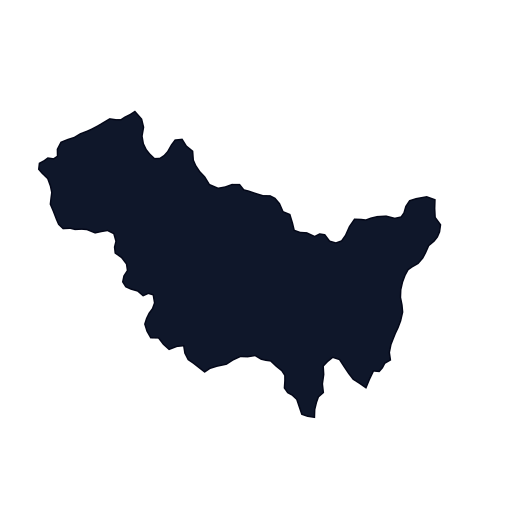 Serra Azul de Minas, Minas Gerais, Brazil, rotated 165°
{"feature_id": "56859067B40983562978217", "entity_name": "Serra Azul de Minas", "entity_type": "district", "adm_level": 2, "iso_a3": "BRA", "parent_name": "Brazil", "parent_adm1": "Minas Gerais", "projection": "natural_earth1", "projection_center": [-43.207, -18.391], "detail": "fine", "context": "isolated", "style": "filled", "palette": "ink", "viewbox_px": 512, "rotation_deg": 165, "n_neighbors": 0, "source": "geoboundaries", "source_scale": "gbopen_adm2", "svg_char_len": 2515}
<svg xmlns="http://www.w3.org/2000/svg" viewBox="0 0 512 512"><g transform="rotate(165 256 256)"><path d="M423.9,328.5L417.4,327.1L412.4,325.3L405.4,320.0L399.0,319.7L392.8,319.1L387.5,314.4L387.4,306.5L390.3,301.2L391.2,295.3L386.2,289.3L383.1,281.8L383.9,275.2L388.7,270.9L391.4,265.5L389.7,260.0L385.3,256.4L379.3,252.8L375.3,246.9L369.7,247.8L365.3,245.1L366.1,236.9L369.6,231.9L374.0,228.4L377.8,224.0L381.0,219.0L380.7,211.6L378.8,204.3L371.3,202.1L368.3,194.8L364.1,188.3L355.8,189.2L349.0,188.1L349.8,180.6L348.3,173.5L344.1,168.6L339.9,163.0L335.6,157.3L329.6,159.4L322.3,159.7L312.6,159.2L305.2,161.6L297.1,163.0L290.2,160.9L282.6,160.1L277.7,155.0L273.4,152.7L269.0,150.9L265.0,144.4L260.7,138.5L259.0,133.2L260.4,127.9L262.7,121.2L260.7,115.8L257.0,112.3L253.7,107.0L253.2,99.0L252.7,91.3L247.7,87.9L241.3,85.1L239.0,92.6L235.5,99.0L232.2,103.8L226.3,106.7L225.0,115.3L221.3,124.0L219.6,132.3L214.2,135.6L208.1,138.3L202.1,134.4L199.4,126.1L196.8,118.5L194.0,111.8L189.3,106.7L183.9,100.3L178.3,107.6L172.3,114.6L166.9,112.6L162.9,115.3L159.4,119.1L153.1,120.8L152.2,128.3L148.6,135.6L144.7,140.9L141.4,145.3L137.4,150.0L133.1,156.0L128.9,163.9L127.7,170.9L127.2,178.6L124.9,186.0L121.2,193.0L117.0,198.9L112.7,203.4L108.2,205.1L101.4,206.9L95.5,210.9L91.5,215.2L86.5,221.4L80.2,224.3L75.9,227.5L72.5,231.8L69.7,238.4L73.0,246.9L71.1,255.7L68.6,264.0L75.8,269.0L86.5,269.9L93.3,269.6L98.4,265.1L101.9,259.3L105.7,256.1L112.2,256.4L120.0,260.8L128.7,262.6L135.2,262.8L140.6,262.3L145.1,264.1L151.3,266.0L158.1,260.2L164.1,252.8L169.4,248.4L175.5,247.9L181.1,251.3L184.1,258.7L188.8,260.8L194.3,259.6L201.0,265.2L207.3,267.3L212.5,270.9L212.3,278.4L212.6,287.3L218.5,291.8L219.8,300.5L222.8,306.8L226.8,310.4L233.8,312.4L241.2,317.1L246.4,320.6L250.7,323.0L253.4,329.2L260.7,331.2L267.9,330.6L275.1,331.2L282.6,337.1L285.1,345.6L288.6,352.1L290.9,358.9L291.8,364.8L290.1,373.6L294.9,380.2L297.2,387.8L304.1,388.9L308.9,385.1L314.3,379.6L318.6,376.8L323.6,375.1L328.9,376.3L332.4,382.1L334.6,387.2L335.8,393.6L335.1,401.3L331.3,409.5L331.1,417.8L335.6,426.9L340.8,425.2L346.8,424.0L351.3,422.5L356.0,423.8L361.8,426.3L367.8,424.6L375.3,422.5L382.0,421.0L386.9,420.2L393.9,419.5L400.8,417.5L407.5,417.2L414.9,416.3L420.2,410.5L421.9,403.7L426.4,402.2L431.7,404.5L436.0,402.8L441.2,401.6L443.4,396.0L441.1,391.3L437.1,384.7L436.4,376.8L436.8,370.2L438.9,365.1L441.2,359.3L440.1,351.6L439.2,343.0L438.4,337.7L435.2,332.4L428.2,330.9L423.9,328.5Z" fill="#0f172a" stroke="#020617" stroke-width="1.5"/></g></svg>